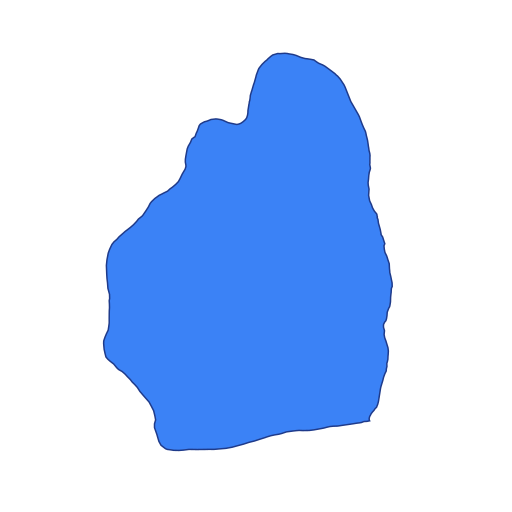 outline of Akurdet, Gash Barka, Eritrea, rotated 279°
{"feature_id": "51966322B85187004782812", "entity_name": "Akurdet", "entity_type": "district", "adm_level": 2, "iso_a3": "ERI", "parent_name": "Eritrea", "parent_adm1": "Gash Barka", "projection": "mercator", "projection_center": [37.945, 15.559], "detail": "fine", "context": "isolated", "style": "filled", "palette": "blue", "viewbox_px": 512, "rotation_deg": 279, "n_neighbors": 0, "source": "geoboundaries", "source_scale": "gbopen_adm2", "svg_char_len": 4943}
<svg xmlns="http://www.w3.org/2000/svg" viewBox="0 0 512 512"><g transform="rotate(279 256 256)"><path d="M302.4,153.2L300.8,150.9L297.0,147.1L296.2,146.5L293.3,144.3L291.3,143.2L287.5,142.0L283.2,140.1L279.0,138.1L278.4,137.8L277.5,137.2L274.1,134.1L271.4,132.6L267.7,130.1L264.5,127.4L261.4,124.5L260.0,123.1L257.3,120.9L253.6,117.8L250.7,116.0L247.9,113.6L244.9,111.9L239.8,110.4L235.7,109.6L229.1,109.4L223.3,109.7L220.3,110.3L214.3,111.5L210.3,112.4L206.4,113.5L200.9,114.8L195.3,117.3L191.1,118.1L188.9,118.0L185.8,118.7L181.9,119.4L178.7,119.7L175.9,120.1L171.2,120.8L166.8,121.5L163.4,121.6L159.6,121.6L156.0,120.5L152.4,119.6L149.7,119.1L148.2,118.9L145.7,119.2L140.1,120.6L136.0,122.2L132.8,123.6L130.9,125.8L129.1,128.6L127.1,132.3L123.8,136.0L122.4,138.0L121.0,141.8L119.0,145.0L116.7,147.9L114.2,151.3L112.1,153.5L110.2,156.2L107.6,159.4L104.1,162.5L101.1,166.0L99.0,168.5L95.1,173.2L91.3,176.1L87.2,179.1L82.1,181.2L78.4,182.5L74.3,182.0L70.6,182.6L64.3,186.0L61.9,187.1L57.7,189.1L54.2,191.8L51.5,196.8L51.1,198.7L51.2,201.5L51.2,205.1L51.9,210.3L53.0,214.9L54.5,220.0L55.2,224.9L55.7,228.5L56.1,230.6L56.9,235.5L57.7,239.8L58.4,244.6L59.8,250.2L61.3,256.3L63.4,262.3L66.1,268.3L68.2,273.0L70.9,278.3L73.0,283.3L75.3,287.8L78.2,293.6L78.7,294.4L80.8,298.7L82.3,302.6L83.5,306.3L84.7,309.1L87.1,313.7L87.8,316.1L89.0,320.1L89.8,323.0L90.5,325.9L90.9,329.5L92.0,335.8L93.3,340.3L95.6,346.9L95.9,347.8L96.8,350.2L97.9,352.6L99.1,355.6L100.0,359.0L100.8,363.2L102.4,368.2L104.4,374.7L105.7,378.8L106.1,380.0L106.7,381.8L107.3,384.0L108.0,386.1L109.4,388.5L110.0,391.4L111.0,394.0L111.5,393.6L113.0,393.2L114.8,393.3L115.6,393.5L116.9,394.0L118.5,394.5L119.3,395.0L120.1,395.4L121.9,396.6L123.2,397.2L123.9,397.5L125.4,398.7L126.8,399.0L128.5,399.4L130.3,399.6L132.0,399.7L134.4,399.7L136.4,399.7L138.7,399.7L143.6,399.7L144.5,399.7L146.3,399.8L150.0,400.3L152.8,400.7L156.3,401.0L159.9,401.7L162.8,402.6L164.9,402.4L167.4,402.6L170.4,402.0L172.5,402.3L174.6,402.4L178.1,402.0L178.9,402.0L182.8,401.6L186.0,400.7L189.9,398.8L192.4,397.6L195.4,395.9L198.5,394.8L202.3,394.6L205.5,393.1L207.1,392.8L208.6,392.7L211.2,393.6L212.0,394.2L212.9,394.5L214.5,394.7L217.6,394.7L221.1,394.4L225.3,395.3L226.8,395.9L228.5,396.0L231.7,396.0L236.4,395.4L239.9,395.2L240.9,395.2L243.8,394.9L245.2,394.8L246.1,395.0L247.1,395.3L248.7,395.0L250.8,394.6L253.9,393.4L256.6,392.4L258.1,391.8L260.9,390.6L261.8,390.5L264.4,389.8L269.2,388.8L273.0,386.8L274.9,385.9L276.6,385.0L279.7,382.8L283.0,381.6L286.1,380.8L288.3,381.3L289.6,380.6L294.6,378.1L296.7,376.2L297.6,376.0L301.5,374.6L304.8,373.1L307.6,371.8L311.3,370.7L312.7,369.7L313.5,369.8L314.6,369.3L316.2,368.8L316.9,368.1L318.4,366.4L319.3,365.5L321.9,363.5L324.9,361.9L328.3,359.6L333.6,357.7L335.1,357.6L337.1,357.4L339.7,357.2L343.5,355.8L346.1,355.2L349.6,355.1L353.3,354.8L356.5,354.8L358.9,355.2L360.6,355.3L364.2,354.0L365.1,354.0L366.2,353.9L367.2,353.7L368.5,353.5L369.4,353.4L371.2,353.1L373.1,352.9L375.2,352.3L378.0,351.1L380.4,350.4L381.8,349.9L383.8,349.3L385.7,348.7L387.6,348.1L389.8,347.2L392.1,346.2L394.5,345.3L396.3,344.5L399.3,342.4L402.3,340.5L405.6,338.6L406.9,337.9L408.3,337.1L409.6,336.4L411.6,335.0L420.9,327.5L422.0,326.6L423.5,325.4L436.7,317.6L439.0,316.0L440.5,314.6L444.0,311.4L445.5,309.6L446.5,308.4L447.2,307.1L448.4,305.5L450.3,302.0L454.1,294.7L454.5,293.7L454.8,292.9L455.2,291.8L455.4,290.9L455.7,289.7L456.0,288.5L456.3,287.4L456.8,286.5L457.0,285.8L457.4,285.1L457.9,284.1L458.3,283.3L458.7,282.6L458.8,279.3L458.8,277.9L458.8,277.0L458.8,275.8L458.7,273.5L458.8,272.7L458.9,271.7L459.0,271.0L459.1,269.9L459.4,268.3L459.9,266.3L460.4,264.2L460.8,261.0L460.8,260.0L460.8,258.6L460.8,256.6L460.9,255.2L460.8,253.7L460.7,252.6L459.6,247.9L459.4,245.8L457.2,241.1L456.2,240.1L455.4,239.3L454.2,238.3L452.8,237.1L451.3,236.1L449.7,234.6L446.2,232.0L443.4,230.4L441.7,229.5L440.2,229.1L434.7,228.0L433.1,227.9L427.0,227.2L425.0,226.8L420.3,226.2L419.5,226.1L418.6,226.0L417.7,225.8L413.7,225.3L412.3,225.4L410.9,225.5L410.2,225.5L409.3,225.5L408.4,225.5L407.5,225.3L406.9,225.3L405.9,225.4L404.7,225.3L401.1,225.3L400.0,225.3L398.4,225.3L396.9,225.5L395.9,225.6L394.8,225.6L393.8,225.6L392.5,225.4L391.2,225.2L390.6,225.0L389.8,224.6L389.2,224.3L388.4,223.7L387.7,223.1L387.0,222.6L385.3,220.9L384.7,220.2L383.9,218.9L383.2,217.4L382.9,216.1L383.1,212.3L383.2,210.0L383.4,207.4L384.8,202.4L385.1,200.8L385.2,199.4L385.2,197.9L385.2,196.3L385.1,194.8L384.7,193.5L383.8,190.2L382.3,187.8L381.6,186.6L380.5,184.1L379.3,182.5L377.7,180.5L376.3,179.7L375.5,179.4L374.1,179.2L370.4,178.5L369.3,178.2L368.0,177.8L364.2,177.1L363.5,176.2L361.5,174.3L358.0,173.5L353.8,171.9L351.0,171.3L348.0,171.2L343.9,171.1L340.5,171.1L337.7,171.5L334.9,172.5L333.4,172.8L330.6,172.4L328.4,171.5L325.3,170.3L320.6,168.9L317.3,167.7L314.3,165.6L312.3,163.9L310.7,162.5L308.9,160.6L306.2,158.5L303.9,155.2L302.4,153.2Z" fill="#3b82f6" stroke="#1e3a8a" stroke-width="1.5"/></g></svg>